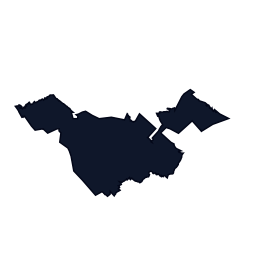 Alaquines, San Luis Potosí, Mexico (orthographic projection), rotated 159°
{"feature_id": "50627088B47370216611789", "entity_name": "Alaquines", "entity_type": "district", "adm_level": 2, "iso_a3": "MEX", "parent_name": "Mexico", "parent_adm1": "San Luis Potosí", "projection": "orthographic", "projection_center": [-99.627, 22.081], "detail": "fine", "context": "isolated", "style": "filled", "palette": "ink", "viewbox_px": 256, "rotation_deg": 159, "n_neighbors": 0, "source": "geoboundaries", "source_scale": "gbopen_adm2", "svg_char_len": 5711}
<svg xmlns="http://www.w3.org/2000/svg" viewBox="0 0 256 256"><g transform="rotate(159 128 128)"><path d="M182.4,76.9L175.0,77.9L174.6,77.1L174.0,76.3L174.0,75.7L173.6,75.1L173.4,74.2L172.6,73.6L171.6,71.6L168.5,72.6L167.3,75.1L165.2,69.6L164.2,70.4L163.2,70.9L162.3,72.0L162.0,72.1L157.7,72.7L157.9,73.2L158.2,73.2L158.5,73.6L158.8,74.8L157.4,75.3L157.6,75.8L157.2,75.9L157.2,76.5L157.7,77.5L154.9,77.6L154.4,77.8L154.7,79.8L155.2,80.5L155.4,81.1L154.1,80.3L153.3,79.5L153.0,79.5L151.3,79.9L150.8,79.8L147.7,80.8L147.7,80.4L147.8,80.1L147.3,79.8L144.3,81.3L144.1,80.5L144.4,80.3L144.3,80.0L144.5,79.4L144.2,78.9L142.4,79.8L142.0,79.0L142.0,78.7L140.6,76.3L139.6,75.4L139.1,75.4L138.9,75.0L138.2,74.3L137.0,73.6L136.6,72.7L136.1,72.7L134.5,73.0L134.0,73.4L133.6,73.6L133.2,74.3L132.9,74.3L132.8,74.6L131.0,75.0L129.6,75.6L128.8,75.6L128.5,75.4L127.7,75.5L126.3,75.1L125.6,75.7L124.6,76.8L124.9,77.3L124.9,77.6L124.6,78.9L123.7,79.4L122.3,79.5L121.7,79.2L120.9,78.0L121.0,76.9L120.7,76.4L118.7,76.6L118.5,76.4L118.7,76.1L118.8,76.1L118.8,75.6L118.6,75.7L118.3,75.6L118.2,75.4L117.5,74.9L117.9,74.2L117.5,74.1L117.6,74.3L117.2,74.2L117.0,74.3L117.1,74.5L116.7,74.2L116.0,74.3L115.4,72.7L115.4,72.0L114.8,71.6L114.4,70.8L114.1,70.8L114.3,70.9L114.0,71.4L113.8,70.5L113.2,70.7L112.7,70.3L112.7,70.5L112.3,70.5L112.2,70.7L111.7,70.4L111.1,70.6L110.2,69.7L110.1,69.0L109.6,67.9L109.4,67.8L109.2,67.4L108.1,68.9L107.2,69.9L105.6,70.0L104.5,69.8L102.8,69.2L102.3,69.3L101.7,69.8L101.4,70.3L101.2,70.8L100.5,71.7L99.7,72.4L99.3,73.0L98.4,73.6L97.5,73.8L97.0,74.0L95.5,74.9L95.0,75.4L94.3,75.7L93.5,77.1L93.2,77.5L92.1,78.0L90.1,79.6L89.3,80.6L88.5,81.3L87.5,83.2L87.2,83.6L85.5,84.7L86.3,84.9L86.6,85.3L87.7,85.7L88.0,86.3L88.3,86.6L88.8,86.8L89.3,87.6L89.8,87.7L88.8,88.0L86.7,87.7L90.5,91.8L90.6,92.5L90.8,92.8L91.2,95.2L91.0,95.5L91.0,96.3L90.8,96.6L93.1,99.3L99.3,111.7L92.2,114.8L89.0,112.2L82.8,105.0L65.5,111.7L61.0,99.7L60.8,99.8L60.7,98.6L47.5,101.1L30.6,100.8L37.3,108.2L37.4,108.3L39.3,111.8L39.8,111.0L40.4,111.2L40.4,112.1L40.5,112.7L40.4,113.1L40.1,113.1L40.6,114.2L42.2,112.9L42.7,113.7L42.4,114.2L42.7,115.0L42.5,116.4L43.4,115.7L43.5,116.0L43.0,116.4L42.6,116.6L42.9,116.6L43.5,116.3L43.8,116.9L44.2,116.9L44.4,117.2L44.1,117.3L44.4,117.8L44.0,117.9L44.5,120.5L45.4,120.5L45.8,120.3L46.6,120.2L46.9,121.1L46.5,121.4L45.6,121.5L47.0,124.0L51.8,127.9L52.1,128.6L51.9,128.7L52.1,129.4L53.5,130.3L55.1,133.5L56.7,136.6L55.6,137.1L53.5,137.6L56.1,141.5L63.5,139.7L66.5,137.9L78.0,127.6L77.4,130.1L78.2,130.1L78.8,130.3L79.8,130.1L81.2,130.2L81.0,130.4L81.7,131.0L82.9,131.6L83.4,131.7L83.7,132.1L84.2,132.2L84.5,131.9L84.2,131.5L83.7,131.5L83.2,130.9L83.3,130.3L83.1,129.1L83.6,128.6L84.1,128.3L84.5,128.4L84.8,128.6L85.1,129.1L85.5,129.4L86.6,129.7L86.8,129.6L87.5,129.8L88.6,130.3L89.3,130.4L89.7,130.3L90.4,130.4L92.3,131.6L92.7,131.6L93.3,131.4L93.3,130.5L93.9,130.6L94.9,129.9L95.1,130.8L95.3,131.2L95.7,131.4L96.1,131.5L96.0,128.3L95.7,128.1L95.3,128.2L95.1,127.1L95.3,124.8L95.1,124.5L95.1,124.2L95.3,123.9L95.1,122.1L94.5,119.7L94.5,118.4L95.4,118.3L96.0,117.8L96.7,117.6L97.2,117.1L99.0,115.7L100.6,114.2L108.8,110.0L108.9,109.9L108.6,109.5L108.3,108.4L108.8,107.9L109.8,107.8L110.5,107.5L111.0,106.7L110.9,106.1L111.4,106.7L111.2,107.1L111.2,107.5L111.8,109.8L112.2,110.4L112.5,111.3L113.1,112.0L102.3,117.5L112.2,137.1L118.8,131.6L119.6,131.9L120.5,131.5L121.0,132.3L121.3,132.1L123.0,133.6L122.4,134.0L123.0,134.7L123.4,136.2L122.6,136.7L123.2,137.3L122.5,137.9L123.7,138.8L123.1,139.3L123.1,139.5L123.8,140.1L123.4,141.2L123.6,141.6L128.3,136.8L139.7,144.0L151.6,147.0L156.9,152.6L161.6,158.8L164.9,159.2L169.4,158.7L171.7,159.0L170.5,157.0L171.7,154.8L176.0,156.4L175.3,163.0L173.6,162.4L174.9,164.7L175.4,166.9L175.8,167.1L175.7,167.4L175.9,167.7L176.3,168.1L176.6,168.7L177.2,169.2L177.1,169.5L177.1,169.9L177.8,170.6L178.2,171.4L178.4,171.9L178.9,172.6L179.4,173.7L179.7,173.7L180.1,174.2L182.2,178.0L182.6,177.9L182.8,178.0L182.9,179.1L183.4,179.4L183.7,180.7L184.4,181.1L184.8,181.8L185.5,184.8L185.9,184.7L185.9,185.7L188.4,186.3L188.4,186.5L189.4,186.6L189.7,186.5L190.1,185.9L190.7,185.7L191.0,185.9L192.5,186.0L192.7,185.8L192.7,185.5L192.9,185.2L192.9,184.6L193.2,184.4L193.6,184.5L194.1,185.4L194.8,185.9L195.1,185.8L195.2,185.7L195.3,185.3L195.1,184.9L195.2,184.6L196.1,184.7L196.9,184.3L197.3,185.5L197.5,185.7L198.8,185.6L199.1,185.5L199.4,185.0L199.5,185.0L199.8,185.0L200.6,185.7L201.0,185.7L201.8,185.2L202.9,184.9L203.8,185.0L204.8,184.6L205.2,184.9L205.6,185.3L205.8,186.2L206.0,186.2L206.3,186.0L206.5,185.4L206.7,185.1L206.9,185.1L207.1,185.3L207.3,185.4L207.7,185.2L207.9,184.8L208.7,184.4L209.6,184.7L209.8,185.0L210.5,184.8L210.6,185.5L211.1,186.1L210.8,186.8L210.8,187.0L211.0,187.0L211.0,187.4L211.3,187.4L212.4,186.8L212.8,186.3L213.0,186.6L213.4,186.7L214.1,186.2L214.7,186.4L215.1,186.2L215.2,185.9L215.2,185.5L214.8,185.1L214.8,184.9L214.9,184.7L215.2,184.6L215.5,184.7L215.8,185.3L216.1,185.4L216.5,185.2L216.7,184.8L216.6,183.9L216.7,183.4L217.1,183.3L217.3,183.4L217.8,184.3L218.4,184.9L218.8,184.0L219.6,183.6L220.0,184.3L220.1,185.4L221.0,184.7L221.9,185.3L222.0,185.6L221.7,185.7L220.4,185.3L220.0,185.4L219.8,185.8L220.0,187.2L221.0,188.3L221.5,188.6L222.0,187.9L222.3,187.7L223.3,188.1L223.6,188.0L223.6,188.3L225.4,188.6L224.6,185.8L224.0,183.0L224.1,182.4L223.2,176.0L222.5,176.0L222.4,176.7L222.2,176.8L222.0,176.4L221.8,176.3L221.8,175.8L221.1,176.1L221.0,175.9L220.7,176.1L220.3,176.1L217.4,164.4L215.5,159.3L207.9,157.8L207.9,157.4L207.4,157.3L204.8,152.0L194.5,152.7L192.6,151.9L193.4,150.0L192.4,147.4L196.8,139.2L191.3,130.9L191.0,127.6L191.2,122.1L194.0,107.3L189.3,95.9L182.4,76.9Z" fill="#0f172a" stroke="#020617" stroke-width="1.5"/></g></svg>